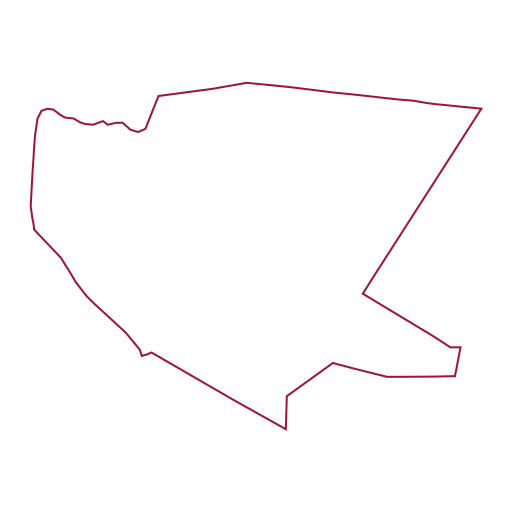 Geminiano, Piauí, Brazil
{"feature_id": "56859067B90683897163766", "entity_name": "Geminiano", "entity_type": "district", "adm_level": 2, "iso_a3": "BRA", "parent_name": "Brazil", "parent_adm1": "Piauí", "projection": "orthographic", "projection_center": [-41.357, -7.203], "detail": "fine", "context": "isolated", "style": "outline", "palette": "rose", "viewbox_px": 512, "rotation_deg": 0, "n_neighbors": 0, "source": "geoboundaries", "source_scale": "gbopen_adm2", "svg_char_len": 889}
<svg xmlns="http://www.w3.org/2000/svg" viewBox="0 0 512 512"><path d="M141.8,355.9L147.0,354.4L151.5,352.5L233.6,400.0L285.8,429.2L286.4,410.6L286.8,396.2L332.8,363.0L354.8,368.8L386.8,376.8L400.8,376.8L434.3,376.6L455.0,376.1L460.5,347.3L450.3,347.3L434.2,336.8L429.2,333.7L418.1,327.1L362.8,293.7L373.0,277.5L461.0,140.4L481.3,108.7L435.4,104.1L426.5,103.0L413.7,100.7L397.5,99.4L352.6,94.4L334.2,92.6L291.8,87.3L246.7,82.8L212.6,88.8L158.5,96.0L147.5,123.5L145.3,129.0L137.9,132.0L130.4,129.7L122.6,122.7L115.6,122.9L107.7,124.7L102.9,121.1L93.0,124.7L85.2,124.0L80.3,122.4L73.6,118.5L64.8,117.5L59.5,114.3L53.3,109.5L47.1,108.8L41.4,110.9L37.5,118.7L35.0,135.5L33.9,150.4L33.4,159.8L32.6,171.1L30.7,206.1L32.3,218.1L33.4,223.1L34.2,229.7L60.9,257.8L70.3,272.8L75.4,281.6L86.3,295.8L93.0,302.5L125.8,332.7L139.8,349.7L141.8,355.9Z" fill="none" stroke="#9f1239" stroke-width="2"/></svg>